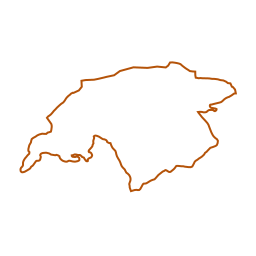 the district of Krong Pinang, Yala, Thailand, rotated 87°
{"feature_id": "78962969B4997487485742", "entity_name": "Krong Pinang", "entity_type": "district", "adm_level": 2, "iso_a3": "THA", "parent_name": "Thailand", "parent_adm1": "Yala", "projection": "natural_earth1", "projection_center": [101.271, 6.392], "detail": "fine", "context": "isolated", "style": "outline", "palette": "amber", "viewbox_px": 256, "rotation_deg": 87, "n_neighbors": 0, "source": "geoboundaries", "source_scale": "gbopen_adm2", "svg_char_len": 5204}
<svg xmlns="http://www.w3.org/2000/svg" viewBox="0 0 256 256"><g transform="rotate(87 128 128)"><path d="M191.2,128.3L190.3,124.6L190.2,122.9L190.5,121.4L190.5,120.1L189.8,119.2L189.7,119.0L187.0,117.3L185.0,116.1L184.4,115.3L184.4,114.0L184.2,112.6L183.6,111.4L182.8,110.0L182.1,108.7L181.9,108.3L181.8,108.1L181.2,106.5L180.6,104.2L179.6,103.1L176.4,100.0L176.3,99.8L173.3,95.6L172.8,94.2L172.4,93.6L172.0,92.8L172.3,91.9L173.9,89.6L174.1,89.0L174.0,87.8L171.8,84.8L171.0,83.9L169.9,82.9L169.2,82.4L168.6,81.9L168.4,81.2L168.5,79.5L168.6,79.1L169.0,76.6L169.1,74.9L169.6,73.2L169.8,72.0L170.2,69.8L170.4,67.4L169.8,65.8L168.5,65.0L168.2,64.8L167.0,64.1L165.3,63.2L164.3,62.2L163.8,61.2L163.1,60.0L162.2,58.8L161.3,57.1L160.3,55.5L158.5,53.4L156.8,52.3L155.9,50.8L154.5,49.4L152.1,46.8L151.4,44.1L150.5,41.4L149.7,40.2L147.8,39.3L145.5,38.9L143.9,39.7L142.7,41.2L140.9,42.9L139.2,43.9L136.7,45.0L136.1,45.2L133.4,46.1L129.0,47.5L127.2,48.5L124.9,50.3L121.1,53.5L117.4,56.1L116.6,56.7L115.7,57.2L115.6,55.4L115.7,54.6L115.8,53.4L116.3,51.7L116.4,50.3L116.1,48.7L115.2,47.7L114.9,47.2L114.6,46.7L114.3,46.0L114.3,45.4L114.3,44.5L114.3,43.3L114.5,42.5L114.5,42.3L115.0,41.5L115.6,40.9L115.7,40.2L115.0,39.0L114.2,38.6L113.7,38.6L113.6,38.8L113.2,39.6L112.6,42.0L112.2,43.8L111.8,44.5L111.2,44.8L110.5,45.1L110.0,45.1L109.6,45.0L109.2,44.8L109.0,44.5L109.0,43.5L108.5,41.1L107.4,35.3L107.0,33.7L106.3,32.6L105.4,31.5L104.5,30.5L103.9,29.6L103.3,28.6L102.9,27.7L102.4,26.3L102.2,25.4L101.4,24.0L100.9,22.9L100.2,21.9L99.6,20.9L99.2,20.3L99.1,19.7L99.1,19.2L99.1,18.5L98.3,18.6L95.2,19.1L92.6,21.1L92.2,22.1L88.8,23.4L88.4,25.9L86.9,27.6L85.5,30.3L85.0,33.2L84.1,35.7L83.7,37.8L83.4,39.8L83.3,41.6L82.7,44.5L82.4,48.4L82.2,51.1L81.9,53.1L82.0,54.9L81.6,56.3L81.3,57.7L79.2,58.0L77.7,58.0L75.2,57.9L74.9,60.5L74.4,63.2L73.1,64.9L72.0,66.5L71.0,67.8L69.9,69.1L68.7,70.5L67.0,72.2L66.3,73.8L65.7,75.8L65.2,78.0L64.9,79.7L64.8,80.0L64.8,82.6L67.8,84.6L69.5,87.1L68.2,95.7L69.0,105.3L67.7,119.4L70.7,133.1L74.6,139.1L75.8,146.7L76.4,149.7L77.4,155.3L78.0,159.4L77.9,167.9L78.4,172.0L84.4,172.0L87.9,175.1L90.1,180.6L89.9,181.3L90.7,183.1L91.8,184.3L93.0,186.1L93.3,186.3L94.3,187.5L95.8,188.7L97.3,189.7L99.1,191.3L100.4,193.5L101.9,195.4L103.9,197.8L105.4,199.3L107.1,201.2L108.8,202.7L110.4,204.3L111.4,205.7L112.3,207.2L113.6,208.4L119.9,204.4L121.3,204.1L122.9,204.1L124.4,204.4L126.0,204.7L127.6,205.2L128.1,206.9L128.4,208.5L129.6,209.9L129.5,211.8L129.2,214.0L129.8,216.8L130.6,218.9L131.8,220.8L132.9,223.1L134.0,224.7L135.6,225.3L137.3,225.7L138.7,226.6L140.1,227.5L142.1,228.1L143.8,228.6L145.6,228.7L146.9,227.7L148.5,228.0L150.1,229.8L151.7,231.2L152.9,232.4L154.3,233.4L155.3,234.0L156.8,234.6L157.7,234.7L159.6,234.8L160.4,235.2L160.9,235.5L161.4,236.1L162.2,236.9L163.4,237.5L164.7,237.5L164.8,237.5L165.5,237.4L165.9,237.1L166.3,236.8L166.6,236.3L166.7,235.8L166.6,234.8L166.3,233.5L165.1,231.1L164.0,229.0L163.2,227.8L162.0,227.0L161.7,226.8L161.3,226.3L160.9,225.5L160.8,225.4L160.3,224.8L158.3,223.2L156.4,221.7L156.0,221.1L156.0,220.5L156.0,219.7L156.0,218.9L155.6,217.9L155.2,217.6L154.7,217.3L153.0,216.8L152.4,216.6L151.7,216.7L151.2,216.9L150.8,217.1L150.4,217.1L149.8,216.8L149.2,216.3L148.7,215.2L148.5,214.5L148.4,212.3L148.4,211.0L148.8,209.6L149.3,208.0L149.9,207.1L150.5,206.3L151.2,203.0L151.4,202.1L151.3,201.5L151.1,201.2L151.1,200.7L151.4,200.0L151.9,198.9L152.6,198.0L153.2,197.9L153.9,197.8L154.7,197.4L155.6,196.8L156.6,195.8L157.5,194.5L158.2,192.6L158.4,191.5L158.4,190.8L158.1,189.9L157.7,189.2L157.6,188.2L157.9,187.0L158.5,185.0L158.8,183.2L158.8,182.0L158.6,181.0L158.5,180.1L158.2,179.3L157.9,178.7L157.5,178.3L156.8,178.2L155.9,178.2L155.0,178.5L154.4,179.2L154.1,179.8L153.9,180.3L153.9,180.8L153.9,181.4L154.2,182.2L154.1,183.2L153.9,184.3L153.8,184.9L153.3,185.4L153.0,185.6L152.7,185.6L152.4,185.6L152.4,185.0L152.1,184.1L151.6,182.5L151.8,181.1L152.2,179.9L152.4,179.0L152.4,177.7L152.7,176.9L153.4,176.3L154.0,175.6L154.5,175.4L154.7,174.8L155.0,174.2L155.3,173.6L156.4,173.1L157.7,172.3L158.7,171.6L159.1,170.7L159.0,170.1L158.8,169.8L158.3,169.8L157.9,170.1L157.3,169.8L156.6,169.1L156.1,168.3L155.8,167.4L155.6,166.7L155.1,166.1L154.3,165.6L153.8,165.3L152.9,165.3L152.5,165.5L151.9,165.7L151.3,166.0L150.7,166.5L150.5,166.8L150.3,167.1L150.2,168.0L149.9,168.3L149.4,168.5L149.0,168.4L148.4,168.3L148.0,168.0L147.2,167.2L145.4,165.4L144.5,164.7L144.0,164.4L143.2,164.3L142.3,163.8L141.5,163.3L140.5,163.4L140.2,163.4L139.7,163.4L138.8,163.3L138.0,163.0L137.0,162.6L136.1,162.3L135.2,162.5L134.6,162.6L134.2,162.1L133.9,161.3L133.9,160.7L134.2,159.5L135.1,157.5L135.8,156.5L136.2,156.0L136.6,155.4L137.1,154.8L137.4,154.3L137.9,153.4L138.1,152.1L138.7,150.9L139.1,150.3L139.6,149.9L140.3,149.7L140.6,149.7L141.2,149.1L141.9,147.9L142.2,146.7L142.2,146.3L144.2,145.7L145.8,145.1L147.3,144.3L148.7,143.1L150.2,141.8L151.9,141.3L153.4,141.1L155.7,140.5L158.0,139.4L160.0,138.3L162.0,137.5L163.7,137.0L165.3,136.5L166.8,135.6L168.2,134.4L169.3,133.4L170.8,132.8L172.5,132.0L173.6,130.6L175.2,129.2L177.4,128.3L179.1,128.1L180.8,128.4L182.4,129.1L184.0,129.7L185.9,129.4L187.5,129.4L189.3,128.9L191.2,128.3Z" fill="none" stroke="#b45309" stroke-width="2"/></g></svg>